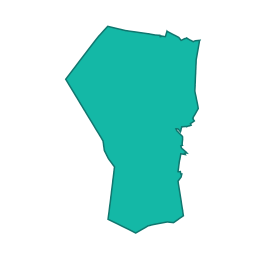 Reusel-De Mierden, Noord-Brabant, Netherlands (Mercator projection), rotated 10°
{"feature_id": "6326949B37702767177993", "entity_name": "Reusel-De Mierden", "entity_type": "district", "adm_level": 2, "iso_a3": "NLD", "parent_name": "Netherlands", "parent_adm1": "Noord-Brabant", "projection": "mercator", "projection_center": [5.161, 51.371], "detail": "fine", "context": "isolated", "style": "filled", "palette": "teal", "viewbox_px": 256, "rotation_deg": 10, "n_neighbors": 0, "source": "geoboundaries", "source_scale": "gbopen_adm2", "svg_char_len": 4788}
<svg xmlns="http://www.w3.org/2000/svg" viewBox="0 0 256 256"><g transform="rotate(10 128 128)"><path d="M90.4,31.4L87.1,36.5L85.0,39.9L84.0,41.5L83.3,42.5L83.2,42.7L80.7,47.3L79.5,49.6L76.1,56.1L71.5,65.0L71.4,65.2L71.3,65.4L67.6,72.5L67.5,72.8L67.2,73.4L67.1,73.5L65.4,76.9L63.6,80.3L63.2,81.1L60.0,87.3L58.2,90.8L59.8,92.6L61.7,94.8L62.2,95.4L68.8,102.9L69.2,103.4L70.2,104.5L70.4,104.8L71.4,105.9L71.7,106.3L72.0,106.5L73.0,107.7L73.6,108.4L75.0,110.0L77.3,112.7L78.5,114.0L82.2,118.3L82.4,118.4L83.9,120.2L88.1,125.0L88.6,125.5L89.7,126.8L90.8,128.0L94.7,132.5L94.8,132.6L96.4,134.5L98.1,136.4L99.2,137.6L99.3,137.7L100.7,139.3L101.6,140.4L102.2,141.0L103.4,142.4L104.3,143.5L104.9,144.2L105.2,144.5L105.4,144.8L105.6,145.0L105.8,145.4L105.8,145.5L105.9,145.9L106.2,146.7L106.2,146.8L106.4,147.3L106.5,147.5L106.6,147.8L106.7,148.3L107.2,150.0L107.5,150.7L107.5,150.8L107.9,151.9L107.9,152.0L108.3,153.3L108.6,154.2L109.2,155.1L109.3,155.1L109.4,155.3L110.3,156.5L110.5,156.7L110.5,156.8L111.5,158.1L111.7,158.5L111.8,158.5L112.2,159.0L112.4,159.4L112.5,159.5L113.4,160.7L114.0,161.5L114.6,162.1L115.5,163.0L116.2,163.6L116.3,163.7L116.8,164.2L117.0,164.4L117.6,164.9L119.3,166.6L119.7,167.0L119.8,167.1L121.5,168.6L121.5,170.1L121.7,172.4L121.7,173.4L121.8,174.2L121.8,174.3L122.0,178.3L122.1,179.7L122.1,180.8L122.2,182.7L122.3,183.8L122.4,184.9L122.5,187.2L122.8,193.3L123.0,196.0L123.1,199.3L123.2,200.3L123.4,203.8L123.5,206.5L123.5,207.3L123.9,214.0L123.9,214.3L124.0,217.5L124.2,221.4L125.4,221.7L126.3,222.0L127.1,222.2L130.2,223.1L134.8,224.4L139.1,225.7L146.5,227.8L148.1,228.3L151.0,229.2L151.9,229.5L153.8,230.1L159.3,225.5L162.7,222.7L164.7,220.9L167.1,219.9L167.3,219.7L169.0,219.0L169.2,218.9L169.7,218.7L173.1,217.4L183.0,213.7L186.2,213.5L189.3,213.3L193.2,209.4L193.9,208.6L197.8,204.8L197.6,204.3L196.3,200.4L196.3,200.2L195.2,197.2L194.7,195.7L194.2,194.3L193.7,192.8L193.3,191.5L187.9,175.9L187.1,173.6L187.1,173.4L186.5,171.7L188.8,167.1L188.8,166.9L189.0,163.9L188.8,163.9L188.8,164.0L188.7,164.0L187.9,164.1L187.1,161.8L186.5,162.0L184.9,162.4L184.8,162.2L184.7,158.0L184.6,157.0L184.5,155.1L184.5,154.0L184.4,153.3L184.4,153.2L184.4,152.5L184.4,150.3L184.4,149.8L184.4,149.6L184.5,149.6L184.5,149.4L184.5,146.8L184.5,144.7L184.5,144.2L187.0,144.2L189.0,144.2L188.4,143.5L188.1,143.1L189.1,142.7L190.2,142.4L190.3,142.4L189.3,141.6L189.1,141.5L188.9,141.3L188.6,141.2L187.8,140.7L185.5,139.3L184.7,138.9L184.4,138.6L184.2,138.4L183.9,138.0L183.1,136.5L183.2,136.4L184.6,135.6L184.4,135.4L184.2,135.2L184.2,134.9L184.1,134.1L184.0,133.4L183.9,132.0L183.9,131.9L183.8,130.3L183.8,129.9L183.7,129.6L183.6,129.0L183.3,127.3L183.2,127.1L183.0,126.8L182.9,126.7L180.9,125.3L179.9,124.6L179.4,124.3L177.6,122.9L177.4,122.8L176.7,122.3L176.5,122.2L176.4,122.0L175.8,121.1L175.3,120.5L175.5,120.4L176.8,120.2L177.2,120.3L177.4,120.3L177.6,120.4L177.8,120.4L178.1,120.6L178.1,120.8L178.4,121.0L178.7,121.2L179.8,122.2L180.3,122.6L180.5,121.1L180.5,120.9L180.5,120.3L180.5,119.8L180.5,119.7L180.5,119.4L180.5,119.1L180.6,118.7L180.7,118.2L180.8,118.1L180.7,117.5L180.9,117.4L182.7,117.0L183.3,116.8L185.1,116.4L185.5,116.3L185.6,116.5L186.2,116.1L186.6,115.9L187.5,115.3L187.7,115.2L187.9,115.3L189.7,114.3L188.7,112.9L189.7,111.9L190.3,111.4L192.1,109.5L190.8,108.2L190.4,107.8L190.4,107.7L190.5,107.2L190.3,106.7L190.2,106.7L190.5,105.9L190.5,105.7L190.6,105.4L190.7,105.1L191.4,103.5L192.8,99.5L192.8,99.4L193.8,96.7L193.1,94.6L191.9,91.4L191.3,89.9L191.0,89.1L190.8,88.8L189.6,85.5L189.5,85.3L188.0,81.7L187.8,81.0L187.4,80.1L187.4,79.8L187.3,79.4L187.2,78.4L187.0,76.8L186.8,75.2L186.7,74.3L186.5,73.5L186.4,72.4L186.4,72.1L185.7,67.3L185.2,63.4L185.2,63.1L184.6,59.1L184.6,58.7L184.3,56.6L184.3,56.4L184.2,56.0L184.0,54.4L184.0,54.2L183.7,51.7L183.6,51.4L183.6,51.2L183.4,49.7L183.3,49.4L183.3,48.6L183.3,48.3L183.3,47.0L183.3,46.7L183.3,44.0L183.3,43.3L183.3,31.5L183.2,30.0L183.3,29.8L183.5,29.2L183.2,29.3L182.7,29.4L182.0,29.6L180.2,30.1L179.9,30.2L179.5,30.3L179.0,30.5L178.2,31.0L177.4,31.5L177.2,31.7L176.2,31.3L175.3,31.0L173.8,30.6L173.4,30.5L172.9,30.3L171.4,29.7L170.1,29.1L169.8,29.4L169.6,29.6L169.0,29.9L168.5,30.0L167.5,30.7L167.5,30.8L165.1,32.5L163.3,30.9L162.3,30.0L160.8,29.5L158.3,28.7L156.5,28.2L150.9,26.4L149.7,26.0L149.6,25.9L149.0,31.1L148.9,31.5L148.7,31.6L145.7,31.6L145.7,31.4L145.7,31.2L145.7,31.4L145.6,31.5L145.4,31.5L145.1,31.6L145.1,31.9L144.8,31.8L144.6,31.6L144.4,31.6L144.2,31.6L144.2,31.8L144.3,31.9L144.3,32.1L144.2,32.2L144.0,32.3L143.9,32.4L143.2,31.3L143.2,31.2L141.6,31.4L139.6,31.6L138.9,31.7L133.4,31.7L132.1,31.6L131.9,31.6L131.5,31.7L122.6,32.0L119.4,32.1L116.7,32.2L112.1,32.4L110.1,32.4L108.7,32.5L105.4,32.3L105.2,32.3L104.3,32.2L101.8,32.1L90.4,31.4Z" fill="#14b8a6" stroke="#0f766e" stroke-width="1.5"/></g></svg>